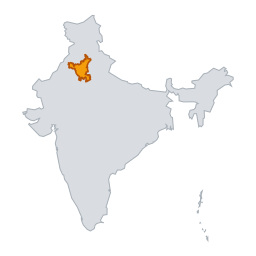 India, with Haryana highlighted
{"feature_id": "IND-2430", "entity_name": "Haryana", "entity_type": "State", "adm_level": 1, "iso_a3": "IND", "parent_name": "India", "parent_adm1": "", "projection": "mercator", "projection_center": [76.236, 29.302], "detail": "fine", "context": "in_parent", "style": "filled", "palette": "amber", "viewbox_px": 256, "rotation_deg": 0, "n_neighbors": 0, "source": "natural_earth", "source_scale": "10m", "svg_char_len": 7587}
<svg xmlns="http://www.w3.org/2000/svg" viewBox="0 0 256 256"><path d="M22.8,112.2L26.9,111.4L27.3,108.6L34.7,109.8L39.6,107.8L41.2,109.2L43.6,107.9L40.8,97.8L38.0,97.5L36.8,95.9L37.1,91.1L32.5,89.2L32.7,86.1L39.0,78.8L41.8,81.4L49.6,79.3L53.0,72.8L57.0,70.5L60.5,63.0L63.5,61.7L64.2,58.9L69.5,53.8L68.6,52.6L68.9,47.2L74.5,43.8L73.8,42.5L69.9,41.5L69.7,39.2L67.5,39.1L67.1,37.2L64.9,35.5L66.0,32.8L64.7,30.9L66.7,29.0L64.2,27.8L64.7,26.4L63.4,25.2L64.6,22.8L67.1,21.8L77.2,24.1L83.6,22.1L92.3,15.4L94.1,15.5L93.8,17.5L96.1,23.2L100.7,25.8L99.0,28.4L99.5,32.8L101.9,35.7L102.5,41.4L100.4,42.6L98.8,40.6L96.6,41.2L99.1,46.0L99.1,51.4L101.7,50.7L104.5,54.2L109.3,55.9L109.6,57.8L115.5,61.1L111.1,64.7L108.7,72.2L121.5,80.1L127.5,81.7L127.9,82.9L131.9,84.1L137.7,83.1L141.4,84.7L142.0,86.8L146.0,89.1L148.3,88.4L149.9,90.3L165.8,92.1L167.0,89.3L165.7,86.0L166.9,79.4L170.0,78.2L171.6,78.9L171.2,82.9L172.3,84.6L171.2,85.7L174.1,88.6L178.6,89.5L182.8,88.0L185.6,89.0L194.7,88.3L195.3,84.8L191.8,82.6L192.0,80.9L198.6,80.0L203.7,73.8L207.4,73.0L213.6,68.2L219.1,70.5L223.8,67.1L226.1,68.7L224.4,70.1L224.5,71.4L226.7,70.4L227.7,72.7L225.6,75.6L227.9,75.2L233.1,77.2L233.2,79.5L229.8,82.4L231.5,86.2L228.8,84.4L224.9,85.0L217.2,90.4L217.3,94.8L213.3,100.6L214.2,102.8L210.0,112.1L204.2,110.6L204.5,117.9L203.1,118.7L203.0,125.0L201.2,126.8L199.9,125.7L198.8,126.9L196.5,113.6L194.2,113.6L191.9,119.1L190.6,117.4L189.8,118.1L188.7,114.4L190.1,110.3L193.8,109.5L195.4,107.9L196.3,104.1L198.1,103.6L195.0,101.8L183.4,101.9L179.1,100.8L179.0,95.6L177.9,93.5L177.0,95.1L175.7,95.1L173.2,91.9L171.8,93.1L168.5,90.6L169.0,92.2L166.5,96.1L172.7,101.1L169.1,101.7L166.0,106.1L171.1,108.9L169.9,113.7L171.1,116.9L172.5,117.5L173.4,129.4L172.0,128.7L171.2,130.0L170.5,125.8L170.1,129.4L167.9,128.6L166.7,129.6L167.3,125.7L165.4,123.8L167.0,125.8L165.5,128.1L159.4,130.6L157.6,132.7L158.5,136.8L156.8,139.8L154.1,142.1L153.2,141.8L153.0,143.0L148.4,144.6L147.9,143.1L146.0,144.1L145.5,145.3L147.4,145.1L142.6,148.9L137.8,155.2L125.2,164.3L124.5,168.3L120.9,170.1L117.4,170.0L115.2,174.3L112.8,173.3L110.3,174.7L108.6,179.5L110.4,191.3L109.3,189.6L108.6,190.4L110.6,192.2L106.0,207.3L107.1,208.2L107.0,214.6L103.2,215.1L100.5,220.1L101.1,221.8L103.9,222.8L100.8,222.3L96.8,223.5L95.1,225.1L94.2,228.7L90.3,231.0L87.0,229.2L83.3,225.0L81.7,221.0L81.1,217.5L82.6,220.3L81.8,217.5L77.3,207.0L71.7,198.1L67.7,183.8L64.6,179.5L63.7,175.1L62.6,174.7L60.1,169.1L56.8,152.6L57.7,149.7L57.5,148.7L56.5,150.0L56.3,149.2L56.3,147.6L57.6,147.7L56.2,147.1L55.3,143.5L56.9,137.0L55.0,131.6L55.8,130.9L54.9,130.9L58.5,128.7L54.4,129.1L55.5,127.0L54.3,126.9L54.5,125.5L56.3,124.9L51.8,124.7L52.5,126.1L50.8,128.1L52.3,130.4L50.6,133.3L43.5,136.5L39.6,135.7L28.7,124.5L29.2,123.3L30.9,124.5L37.4,122.3L39.6,118.2L33.7,120.8L30.6,120.1L26.3,117.5L24.7,114.5L27.3,112.3L23.4,114.3L22.8,112.2ZM199.9,205.7L198.5,203.2L200.4,200.6L200.9,192.2L202.3,190.8L201.1,195.3L201.8,198.3L200.9,199.0L199.9,205.7ZM207.8,237.1L207.9,240.6L206.6,238.7L207.8,237.1ZM198.3,212.9L197.4,212.9L197.2,211.4L198.4,210.4L198.3,212.9ZM204.6,231.4L204.5,232.4L204.3,231.5L204.6,231.4ZM205.7,230.0L205.3,231.4L205.5,229.9L205.7,230.0ZM206.9,235.8L206.5,236.9L206.2,236.5L206.9,235.8ZM200.5,223.0L199.9,223.0L200.2,222.5L200.5,223.0ZM199.7,206.2L199.0,206.8L199.3,205.9L199.7,206.2ZM202.0,202.0L202.3,203.0L201.6,202.2L202.0,202.0ZM202.9,229.7L202.4,229.5L202.6,229.0L202.9,229.7ZM200.0,195.3L199.6,196.3L199.8,195.2L200.0,195.3Z" fill="#d9dde1" stroke="#a8b0b8" stroke-width="1"/><path d="M85.2,54.7L85.3,54.7L85.3,54.9L85.4,55.0L85.9,55.0L86.1,55.2L86.2,55.6L86.5,55.8L86.6,56.0L87.2,56.3L87.5,56.6L87.6,56.8L87.6,57.0L87.6,57.5L87.5,57.8L87.6,58.0L88.0,58.3L88.0,58.5L88.3,58.4L88.7,58.7L89.1,58.8L89.3,58.9L89.8,58.7L89.8,58.8L89.7,59.0L89.9,59.0L90.2,59.0L90.4,59.1L90.8,59.3L90.8,59.8L90.7,60.2L89.5,61.2L89.5,61.3L89.5,61.6L89.2,61.7L89.0,61.9L88.9,62.0L88.6,62.2L88.5,62.4L88.2,62.7L88.1,63.1L87.8,64.1L87.7,64.4L87.5,64.5L87.5,64.8L87.3,65.0L87.2,65.3L87.2,65.5L87.3,65.9L87.2,66.0L87.1,66.4L87.0,66.6L87.3,66.7L87.4,66.8L87.1,67.2L87.0,67.3L87.5,67.3L87.6,67.5L87.5,68.0L87.5,68.5L87.6,69.7L87.5,69.8L87.6,70.0L87.8,70.5L88.0,70.8L87.8,70.9L87.8,71.1L88.1,71.3L88.1,71.6L88.0,71.8L87.7,71.9L87.0,71.8L86.8,72.0L86.6,72.0L86.2,72.1L86.1,72.3L86.1,72.5L86.1,73.1L86.2,73.3L86.0,73.5L85.9,73.7L85.6,73.8L85.3,74.3L85.6,74.6L85.9,74.7L86.4,74.6L86.5,74.4L87.1,74.7L87.3,75.1L87.6,75.3L87.9,75.5L88.2,75.4L88.3,75.3L88.3,75.2L88.2,75.1L88.3,74.9L88.5,74.8L88.9,74.7L89.0,74.9L89.3,75.0L89.3,75.3L89.5,75.2L89.6,75.5L89.9,75.4L89.9,75.7L90.0,75.8L89.9,76.2L89.9,76.4L90.1,76.5L90.1,76.8L90.4,76.9L90.4,77.0L90.1,77.3L90.4,77.4L90.4,77.5L90.2,77.6L90.1,77.8L90.2,78.2L89.9,78.1L90.0,78.4L89.9,78.6L90.2,78.8L90.3,79.2L90.4,79.4L90.2,79.5L89.9,79.9L89.6,79.9L89.4,80.1L89.1,80.2L88.8,80.3L88.6,80.5L88.4,80.5L88.2,80.7L87.9,80.6L87.7,80.5L87.4,80.7L87.0,80.5L86.8,80.6L86.8,80.8L87.0,80.9L87.1,81.1L86.7,81.1L86.4,81.6L86.1,81.6L85.9,81.7L85.8,81.4L86.0,81.4L85.8,81.2L85.9,80.5L86.1,80.2L86.1,79.6L86.1,79.3L86.1,79.1L86.0,78.9L86.0,78.6L86.1,77.9L86.1,77.7L85.7,77.4L85.5,77.1L85.4,77.1L85.1,77.2L84.8,77.7L84.0,78.3L84.1,78.9L83.6,79.0L83.4,79.2L83.2,79.1L83.1,78.7L82.8,78.6L82.5,78.5L82.6,78.4L82.8,78.3L82.6,78.1L82.8,78.0L82.6,77.7L82.0,77.7L81.9,77.6L81.8,77.4L81.5,77.4L81.5,77.5L81.8,77.8L81.7,77.9L81.5,78.0L81.8,78.3L81.8,78.5L81.7,78.6L81.3,78.4L81.2,78.3L80.6,78.4L80.5,78.5L80.5,78.8L80.6,79.3L80.6,79.7L80.8,79.9L80.9,80.3L80.6,80.6L80.2,80.2L79.3,80.3L79.2,80.2L79.1,79.9L78.8,79.7L78.9,79.4L79.1,79.4L79.2,79.2L79.2,78.8L79.3,78.6L79.5,78.3L79.6,78.2L79.4,78.1L79.2,78.3L79.0,78.1L78.9,78.0L79.0,77.9L79.3,77.7L79.6,77.5L79.9,77.7L79.5,76.8L79.0,76.2L78.5,75.7L78.1,75.6L77.8,75.5L77.7,75.5L77.7,75.3L77.7,75.1L77.2,74.7L76.4,73.7L75.9,72.5L75.9,72.2L75.8,71.9L75.6,71.4L75.8,71.1L75.9,70.9L75.4,70.6L75.0,69.9L75.0,69.7L74.8,69.4L75.1,69.2L74.9,68.7L74.6,68.9L74.5,68.7L74.5,68.4L74.4,68.3L74.1,68.5L73.9,68.7L73.7,68.7L73.4,68.5L73.2,68.7L72.9,68.8L72.7,68.8L72.4,68.4L72.1,68.5L71.9,68.4L71.6,67.8L71.4,67.6L70.9,67.5L70.7,67.5L70.4,67.8L70.0,67.7L69.6,67.8L69.5,68.0L69.3,68.0L68.8,67.1L68.9,66.9L69.2,66.9L69.3,66.9L69.3,66.4L69.1,66.1L69.1,65.9L69.1,65.2L69.3,64.8L69.3,64.5L69.2,64.5L69.1,64.4L69.0,64.5L68.8,64.5L68.6,64.7L68.3,64.6L68.2,64.5L68.3,64.2L68.7,63.8L68.9,63.7L68.8,63.4L68.6,63.2L68.6,62.9L69.6,63.2L69.8,63.0L70.0,62.8L70.8,62.6L71.0,62.8L71.5,62.9L71.6,63.0L71.7,63.3L72.1,63.6L72.6,63.4L72.7,63.1L72.8,63.1L72.9,63.4L72.8,63.6L72.8,63.9L73.1,64.1L73.3,64.0L73.4,63.9L73.5,63.9L73.6,64.2L73.8,64.6L73.6,64.6L73.6,64.9L73.4,65.1L73.5,65.3L73.5,65.5L73.8,66.1L74.3,66.0L74.3,65.9L74.2,65.7L74.3,65.5L74.4,65.3L74.6,65.3L74.6,65.1L74.8,64.9L75.1,64.5L75.4,64.1L75.8,64.3L76.0,64.3L76.3,64.4L76.5,64.5L76.9,64.4L77.2,64.4L77.3,64.3L77.3,64.2L77.6,64.0L77.9,63.9L78.1,64.0L78.3,64.1L78.4,64.5L78.5,64.6L79.0,64.7L79.4,64.5L79.7,64.5L79.9,64.1L80.4,64.0L81.0,63.6L80.9,63.5L80.7,63.3L80.6,63.0L80.8,62.3L80.9,62.1L80.9,61.9L81.2,61.8L80.8,61.6L80.9,61.4L81.0,61.3L81.3,61.6L81.6,61.6L81.7,61.3L81.8,61.3L82.0,61.5L82.2,61.3L82.1,61.0L82.3,61.0L82.4,61.3L82.6,61.7L82.9,61.8L83.2,61.8L83.8,61.3L84.0,60.9L83.9,60.8L83.7,60.7L83.6,60.4L83.4,60.6L83.2,60.6L83.4,60.3L83.7,60.2L84.0,60.0L84.6,59.6L84.7,59.4L84.6,59.0L84.8,58.9L85.0,59.0L85.3,58.9L85.4,59.0L85.6,59.5L85.8,59.5L85.8,59.4L85.9,59.2L85.8,58.8L85.8,58.4L85.9,58.2L85.8,57.5L85.7,57.2L85.5,56.8L85.3,56.8L85.2,56.6L85.3,56.3L85.2,56.0L85.3,55.7L85.3,55.4L85.1,55.3L84.9,54.9L85.1,54.7L85.2,54.7Z" fill="#f59e0b" stroke="#b45309" stroke-width="1.5"/></svg>